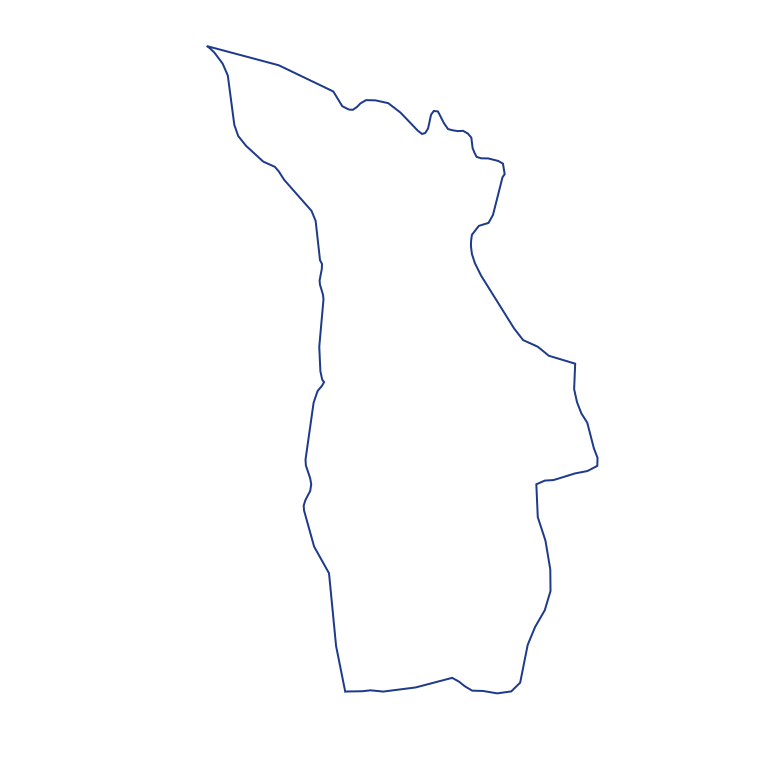 map outline of Abyan (Natural Earth projection), rotated 98°
{"feature_id": "YEM-3511", "entity_name": "Abyan", "entity_type": "Governorate", "adm_level": 1, "iso_a3": "YEM", "parent_name": "Yemen", "parent_adm1": "", "projection": "natural_earth1", "projection_center": [46.013, 13.619], "detail": "fine", "context": "isolated", "style": "outline", "palette": "blue", "viewbox_px": 768, "rotation_deg": 98, "n_neighbors": 0, "source": "natural_earth", "source_scale": "10m", "svg_char_len": 1624}
<svg xmlns="http://www.w3.org/2000/svg" viewBox="0 0 768 768"><g transform="rotate(98 384 384)"><path d="M694.0,379.6L650.1,395.0L579.1,412.1L554.7,430.6L520.3,445.6L515.6,446.6L510.0,445.7L500.1,442.2L493.5,442.1L487.6,444.0L475.6,450.0L469.9,451.2L412.3,451.1L400.2,448.8L394.1,445.0L390.4,443.6L388.8,445.4L387.5,446.1L380.1,448.8L356.1,453.3L308.5,455.7L303.7,457.0L294.6,461.2L290.5,462.2L278.8,461.6L273.7,462.1L270.3,464.6L232.0,474.4L222.6,479.9L195.7,511.3L188.1,517.8L184.1,522.4L180.6,534.5L167.4,553.7L158.7,562.9L148.2,568.3L100.3,581.6L89.3,588.3L79.3,598.2L75.4,603.7L74.0,606.6L83.0,532.7L101.4,474.9L114.7,464.0L117.1,457.0L116.8,453.0L113.4,449.3L109.4,446.4L105.4,441.3L104.3,432.0L105.3,418.9L112.9,405.5L128.5,385.7L131.1,381.1L129.7,378.1L124.8,375.9L110.8,374.9L106.7,372.7L106.6,368.5L117.3,361.0L122.6,356.1L123.2,351.5L123.3,346.1L122.3,340.9L124.4,335.7L127.9,331.8L138.0,329.1L142.4,326.6L146.2,323.9L147.0,319.0L146.1,312.4L147.2,302.0L149.2,296.9L159.4,293.7L162.7,295.4L201.3,299.6L209.9,302.9L214.2,312.1L224.0,317.7L229.7,317.7L235.4,317.1L243.1,315.0L251.7,310.8L263.1,303.0L310.9,262.9L321.2,252.3L325.7,236.9L333.1,224.7L337.3,197.5L362.7,195.0L375.2,190.3L385.6,184.5L394.1,177.3L418.5,167.2L427.3,162.3L435.4,161.4L441.9,170.5L446.0,182.5L455.5,202.7L457.3,211.4L462.1,219.2L494.4,213.2L516.7,202.3L544.6,193.5L565.8,190.3L585.6,193.3L603.7,200.6L622.4,205.4L660.8,207.6L670.7,215.2L674.6,228.8L674.2,243.3L675.4,254.0L672.0,262.1L668.4,268.1L665.5,275.6L680.1,310.5L688.7,342.0L689.2,354.7L691.3,362.9L693.9,379.4L694.0,379.6Z" fill="none" stroke="#1e3a8a" stroke-width="2"/></g></svg>